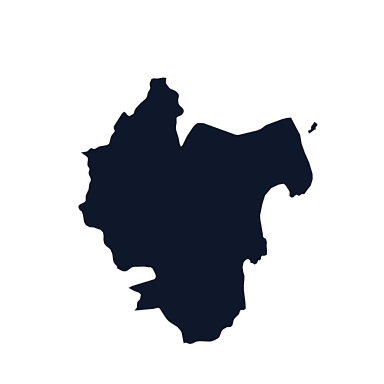 SVG path tracing the border of Piura, rotated 216°
{"feature_id": "PER-567", "entity_name": "Piura", "entity_type": "Department", "adm_level": 1, "iso_a3": "PER", "parent_name": "Peru", "parent_adm1": "", "projection": "mercator", "projection_center": [-80.245, -5.271], "detail": "fine", "context": "isolated", "style": "filled", "palette": "ink", "viewbox_px": 384, "rotation_deg": 216, "n_neighbors": 0, "source": "natural_earth", "source_scale": "10m", "svg_char_len": 3978}
<svg xmlns="http://www.w3.org/2000/svg" viewBox="0 0 384 384"><g transform="rotate(216 192 192)"><path d="M168.0,64.0L167.8,65.9L168.4,67.2L170.1,69.6L170.7,71.0L170.7,72.0L170.3,74.0L170.3,75.0L172.5,79.7L176.2,80.1L180.8,78.7L185.7,78.1L184.5,80.4L170.5,99.0L170.2,100.8L171.1,103.1L172.5,104.4L177.3,107.0L179.0,107.7L180.9,107.6L181.7,107.6L182.7,106.6L187.1,104.3L195.2,98.1L196.9,96.3L197.6,94.6L198.7,90.9L199.6,89.4L200.5,88.7L201.6,88.1L202.8,87.7L207.1,87.2L207.4,87.1L208.0,88.2L209.8,88.8L212.0,89.2L213.8,89.8L215.7,91.5L219.1,95.2L221.2,96.7L224.1,98.3L226.8,98.6L229.6,98.6L232.3,99.3L235.0,101.8L237.2,105.1L239.9,107.8L243.8,108.4L250.9,106.3L254.5,104.1L258.4,103.6L261.3,105.0L266.6,110.3L267.4,110.7L268.9,111.8L269.6,112.2L272.1,112.2L274.3,113.4L274.9,114.4L274.6,116.0L272.2,120.3L272.1,122.6L275.2,127.1L276.4,133.4L279.2,138.6L279.2,138.8L279.5,140.7L280.3,143.0L282.1,144.4L284.3,145.6L286.1,146.9L286.7,147.9L287.4,150.0L287.9,150.9L288.9,151.6L290.9,152.3L291.9,152.9L293.3,155.0L294.4,157.2L295.9,159.0L298.3,159.6L303.2,159.5L300.5,162.2L299.8,163.5L299.3,166.1L298.8,167.7L297.8,167.9L296.5,168.3L295.2,169.3L293.4,173.4L292.2,175.0L290.5,176.6L287.7,179.6L286.9,181.4L286.7,182.8L289.2,188.9L289.5,190.4L289.5,192.1L289.3,194.8L289.7,196.2L290.4,197.2L291.5,197.6L292.4,198.4L293.1,199.5L294.0,214.1L293.6,216.3L292.0,216.3L291.0,215.9L289.9,215.6L288.0,215.5L287.0,215.8L286.5,216.1L285.0,219.6L284.7,220.5L284.7,221.0L284.7,221.5L284.9,222.7L285.6,224.2L285.7,224.8L285.8,225.4L285.8,227.4L285.1,233.4L283.5,240.3L283.6,242.2L283.9,243.3L285.3,246.4L285.5,247.5L285.6,250.1L286.0,251.3L286.4,252.2L286.6,252.5L287.9,253.7L289.3,255.2L290.4,259.4L289.2,261.0L288.2,261.5L287.1,262.2L285.8,263.2L282.1,267.0L280.2,268.2L278.3,264.8L277.4,264.2L276.2,263.5L272.0,262.2L270.6,262.1L269.3,262.2L267.1,262.8L264.8,263.2L263.7,263.2L261.6,263.0L260.4,262.3L259.6,261.5L258.3,258.5L257.6,257.4L256.7,256.3L255.2,255.0L253.9,254.3L252.5,253.9L249.6,253.6L248.0,253.2L247.0,252.4L246.5,251.5L246.3,250.5L246.3,249.9L246.4,249.2L246.6,248.2L247.6,246.3L248.2,245.4L248.7,244.5L248.9,243.4L248.6,242.3L247.8,241.0L246.3,239.3L245.7,238.4L245.1,237.3L244.6,235.9L243.0,233.6L241.8,232.3L235.4,227.5L230.8,223.2L228.0,221.3L227.6,221.2L226.9,221.7L226.4,224.1L228.2,234.5L228.6,245.5L228.1,248.6L227.5,250.4L226.6,251.2L222.8,253.8L190.1,263.2L188.7,264.0L187.4,264.9L174.6,279.9L173.0,282.7L172.3,284.1L171.1,288.3L170.5,289.7L161.5,303.2L157.9,307.5L155.5,309.5L145.3,304.4L138.6,301.2L132.0,294.8L124.3,289.5L115.0,284.1L105.7,277.0L102.6,273.0L100.5,266.8L100.7,262.5L100.7,257.9L100.6,256.9L102.8,255.1L103.4,253.0L103.9,252.3L106.3,252.2L107.4,249.7L107.5,248.0L108.5,246.7L110.4,246.8L112.4,250.0L115.5,251.4L119.5,252.9L122.8,253.5L126.7,249.6L130.9,242.1L131.7,232.2L129.0,224.0L123.7,212.4L120.5,208.8L110.6,199.2L108.8,197.0L106.5,196.3L105.1,196.8L102.6,195.0L100.4,191.5L97.6,188.4L95.5,185.2L96.0,184.2L96.7,183.3L98.1,182.7L98.9,180.6L98.5,179.4L97.7,178.3L97.8,176.9L99.3,176.5L98.8,174.6L98.4,172.4L99.3,170.8L100.9,171.0L102.8,170.0L104.6,171.8L107.7,171.5L109.3,169.2L109.8,165.5L107.5,160.4L104.0,156.8L100.7,154.3L98.2,150.5L96.4,147.4L92.9,142.6L84.4,133.5L80.8,129.0L81.3,127.5L82.6,126.8L84.2,125.3L83.9,123.2L83.0,120.8L83.9,115.4L84.0,113.7L83.4,111.8L82.4,109.6L81.7,107.6L82.1,106.0L83.2,105.0L84.0,104.5L84.6,103.9L85.4,102.7L86.9,99.1L87.0,96.7L85.4,90.7L85.9,88.6L87.1,86.1L88.6,83.8L89.7,82.4L99.0,76.1L101.4,73.6L103.3,70.1L104.8,68.5L106.8,67.8L108.7,67.3L109.9,66.1L110.0,65.9L110.1,66.0L117.0,72.5L119.0,73.7L124.1,75.0L132.6,74.5L135.6,74.6L139.1,75.5L149.3,79.4L150.6,79.5L151.1,79.4L151.9,79.0L152.7,78.3L154.8,75.6L168.0,64.0L168.0,64.0ZM133.1,309.9L132.5,310.7L131.8,312.4L132.3,313.9L133.2,314.9L133.3,316.2L133.2,318.0L133.4,319.9L132.2,320.0L130.9,319.9L130.5,318.9L130.9,317.9L130.5,316.2L129.7,315.4L130.5,314.5L130.8,312.9L132.0,309.2L133.1,309.9Z" fill="#0f172a" stroke="#020617" stroke-width="1.5"/></g></svg>